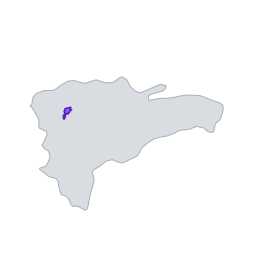 location of Monción, Santiago Rodríguez, Dominican Republic, rotated 341°
{"feature_id": "3306468B58364807671066", "entity_name": "Monción", "entity_type": "district", "adm_level": 2, "iso_a3": "DOM", "parent_name": "Dominican Republic", "parent_adm1": "Santiago Rodríguez", "projection": "mercator", "projection_center": [-71.168, 19.384], "detail": "fine", "context": "in_parent", "style": "filled", "palette": "violet", "viewbox_px": 256, "rotation_deg": 341, "n_neighbors": 0, "source": "geoboundaries", "source_scale": "gbopen_adm2", "svg_char_len": 3159}
<svg xmlns="http://www.w3.org/2000/svg" viewBox="0 0 256 256"><g transform="rotate(341 128 128)"><path d="M43.2,169.4L43.4,160.2L44.8,156.4L43.5,152.5L37.6,148.3L34.0,142.9L30.9,138.1L31.6,137.4L38.0,137.2L40.2,135.5L44.5,130.6L45.4,126.6L45.0,123.6L42.2,120.1L41.1,116.3L44.6,113.0L49.1,108.2L49.7,106.4L49.6,104.6L44.3,99.5L44.0,97.4L46.4,91.9L46.2,88.2L43.7,76.9L42.6,75.2L44.9,74.2L46.5,70.8L48.5,67.8L51.3,66.2L54.3,65.2L60.5,65.3L69.0,67.9L71.4,67.9L79.6,65.5L86.4,64.1L92.8,65.7L95.3,67.7L100.6,71.0L103.2,71.9L111.6,71.9L113.8,72.2L120.8,77.6L126.7,79.7L130.1,79.8L136.3,77.7L139.3,77.8L142.8,82.4L143.5,89.0L146.4,95.0L150.8,98.8L172.8,97.2L177.7,100.3L176.1,102.9L172.9,104.3L162.5,103.7L157.9,104.0L157.0,106.6L157.0,109.0L163.1,109.5L169.1,110.8L175.2,112.7L181.4,114.0L188.4,114.8L195.3,116.2L206.8,120.9L219.5,131.6L222.9,134.0L225.1,137.4L224.1,141.5L219.5,148.2L217.0,150.4L213.2,151.7L210.7,154.4L208.2,159.1L206.7,159.5L204.9,159.3L201.8,156.7L199.7,152.6L193.5,148.8L186.2,149.2L175.5,147.0L169.0,148.1L162.5,148.3L155.9,147.2L149.2,146.8L142.5,148.2L136.0,150.7L133.6,152.2L129.5,156.1L127.3,157.5L111.5,159.4L107.0,156.6L102.8,152.8L96.7,152.2L88.0,155.2L82.5,156.3L80.2,157.6L79.6,159.0L79.6,164.4L78.3,167.6L69.8,179.9L64.9,188.6L62.9,191.3L60.6,191.9L56.4,186.9L53.7,185.1L50.4,184.2L49.0,181.5L49.1,177.8L48.2,174.1L46.1,171.2L43.2,169.4Z" fill="#d9dde1" stroke="#a8b0b8" stroke-width="1"/><path d="M74.9,89.2L74.8,89.3L74.7,89.3L74.6,89.7L74.5,89.8L74.5,90.0L74.4,90.3L74.4,90.5L74.2,90.8L73.7,90.8L73.4,90.9L73.4,91.0L73.2,91.1L73.2,91.4L73.1,91.6L73.0,91.8L73.1,92.1L73.2,92.3L73.3,92.5L73.4,92.8L73.3,93.0L73.2,93.0L72.9,93.1L72.8,93.3L72.7,93.5L72.5,93.9L72.5,94.0L72.4,94.2L72.4,94.4L72.3,94.6L72.2,94.8L71.9,94.8L71.7,94.8L71.4,94.8L71.2,94.9L71.0,95.0L70.9,95.1L70.9,95.3L71.0,95.6L71.0,95.8L70.9,96.0L70.7,96.3L70.5,96.5L70.4,96.8L70.3,97.0L70.2,97.1L70.2,97.3L70.1,97.5L70.0,97.8L70.0,98.0L70.2,98.3L70.3,98.6L70.4,98.8L70.5,98.8L70.7,98.7L70.8,98.6L70.9,98.4L71.0,98.3L71.3,98.2L71.2,98.0L71.2,97.9L71.2,97.7L71.3,97.5L71.4,97.4L71.5,97.2L71.6,96.9L71.8,96.8L72.0,97.0L72.3,97.0L72.5,97.0L72.6,96.9L72.6,96.7L72.5,96.2L72.5,95.9L72.4,95.9L72.5,95.8L72.5,95.7L72.8,95.7L72.9,95.4L72.9,95.2L73.0,95.2L73.4,94.9L73.5,94.9L73.6,94.7L73.9,94.5L74.0,94.5L74.3,94.6L74.5,94.6L74.7,94.4L74.8,94.3L74.9,94.2L75.0,94.2L75.2,94.3L75.2,94.7L75.2,94.9L75.3,94.9L75.3,95.0L75.6,95.2L75.8,95.2L76.0,95.1L76.3,95.1L76.4,94.9L76.4,94.7L76.5,94.5L76.8,94.4L77.0,94.3L77.1,94.1L77.3,94.1L77.5,94.0L77.8,94.1L78.0,94.0L78.1,93.9L78.2,93.7L78.1,93.4L78.2,93.2L78.3,93.2L78.6,93.0L78.7,92.9L78.9,92.9L79.0,92.8L79.3,92.8L79.8,92.8L79.8,92.7L80.0,92.7L80.3,92.5L80.5,92.4L80.6,92.2L80.4,92.1L80.0,92.1L79.8,92.1L79.7,92.1L79.7,91.9L79.9,91.7L79.9,91.4L79.8,91.2L79.6,90.9L79.4,90.9L79.4,90.7L79.5,90.5L79.8,90.4L79.9,90.2L80.0,90.1L80.3,90.0L80.5,89.9L80.3,89.7L80.2,89.5L79.9,89.5L79.7,89.7L79.4,89.7L78.9,89.7L78.7,89.7L78.6,89.8L78.4,89.8L78.2,89.9L77.9,89.7L77.7,89.4L77.4,89.2L77.0,89.2L76.8,89.2L76.7,89.3L76.4,89.4L76.2,89.4L75.9,89.4L75.7,89.3L75.4,89.2L75.1,89.2L74.9,89.2Z" fill="#8b5cf6" stroke="#5b21b6" stroke-width="1.5"/></g></svg>